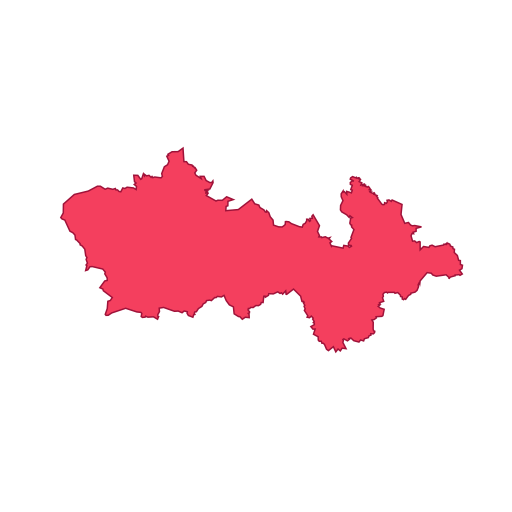 outline of Tecalitlán, Jalisco, Mexico, rotated 112°
{"feature_id": "50627088B3552577196850", "entity_name": "Tecalitlán", "entity_type": "district", "adm_level": 2, "iso_a3": "MEX", "parent_name": "Mexico", "parent_adm1": "Jalisco", "projection": "robinson", "projection_center": [-103.217, 19.24], "detail": "fine", "context": "isolated", "style": "filled", "palette": "rose", "viewbox_px": 512, "rotation_deg": 112, "n_neighbors": 0, "source": "geoboundaries", "source_scale": "gbopen_adm2", "svg_char_len": 6124}
<svg xmlns="http://www.w3.org/2000/svg" viewBox="0 0 512 512"><g transform="rotate(112 256 256)"><path d="M297.2,128.3L294.7,127.6L294.4,124.4L292.1,124.5L289.6,121.3L287.7,121.3L286.3,119.8L285.0,120.5L284.2,118.0L282.6,117.4L281.3,117.7L281.3,118.9L279.9,120.0L273.5,122.5L271.9,124.6L270.7,122.7L268.3,121.2L267.3,121.9L264.8,116.7L263.7,116.0L257.4,117.2L257.7,121.3L256.9,123.9L254.8,122.7L254.9,123.9L253.7,123.2L253.0,124.0L250.2,120.6L247.3,123.1L245.7,122.8L243.9,124.0L241.7,123.2L240.6,121.4L241.0,120.2L240.2,119.8L237.9,114.1L238.5,113.2L236.8,110.9L238.2,107.4L239.4,106.8L239.2,105.0L241.1,104.3L241.2,102.8L239.9,102.3L240.1,101.0L235.4,99.8L233.6,98.2L232.5,98.5L229.9,95.0L227.5,93.8L223.6,93.8L221.9,94.9L220.0,94.7L220.9,93.6L217.6,94.5L207.3,91.1L206.3,87.0L207.4,85.0L207.2,81.3L202.2,72.7L203.7,68.8L204.9,68.7L202.7,67.9L199.7,64.0L199.1,64.3L197.2,60.7L197.5,59.6L195.4,58.0L192.9,62.0L190.6,60.3L187.2,61.1L187.3,63.3L183.7,64.8L184.1,66.5L180.1,69.5L178.5,73.5L175.4,74.5L175.4,76.1L173.9,76.9L173.9,79.4L172.5,80.7L172.3,82.3L173.0,83.4L172.4,83.8L173.6,84.5L173.9,83.3L174.6,86.2L175.5,86.1L180.3,93.4L180.0,96.8L181.4,98.6L183.3,98.9L184.4,104.2L188.8,106.1L181.5,109.1L181.4,110.1L183.4,112.1L182.6,114.5L183.6,116.4L179.2,119.8L176.8,119.8L176.3,118.2L175.2,119.3L173.1,116.8L170.4,117.9L167.0,113.5L168.3,120.3L169.4,122.2L169.4,124.3L167.8,127.2L170.0,130.3L163.2,137.1L153.5,139.9L153.1,150.8L154.7,151.1L154.2,153.7L155.3,155.4L156.4,154.5L158.3,154.8L158.4,156.7L160.1,156.2L160.9,157.5L160.8,158.8L156.9,165.1L156.2,165.0L155.4,166.7L154.6,166.4L154.6,169.7L153.5,169.4L153.1,170.2L154.1,170.9L154.1,174.1L153.6,174.7L152.7,173.6L152.7,174.3L151.5,174.4L151.9,175.7L151.0,175.3L149.9,176.8L149.5,178.0L150.3,178.4L150.5,180.7L149.3,180.8L149.2,182.0L150.3,182.0L150.8,183.3L149.1,183.0L150.9,185.3L148.5,185.3L148.4,188.2L145.9,187.8L145.8,189.8L145.1,189.2L144.8,189.9L146.1,191.7L145.4,192.4L146.2,193.1L146.2,196.2L148.2,197.5L149.5,197.4L149.9,193.3L150.4,194.9L152.5,196.1L154.2,195.4L154.4,193.2L159.0,193.0L158.9,191.4L161.7,191.2L162.1,196.1L164.8,194.9L163.2,198.2L164.0,199.0L163.0,199.6L166.5,200.3L169.1,199.2L172.1,196.1L177.4,196.5L181.6,195.0L183.0,193.0L183.8,187.4L185.3,184.1L183.5,184.0L184.3,181.1L185.3,182.4L190.4,181.3L191.6,180.0L191.5,178.9L193.2,178.3L194.8,175.1L203.2,174.9L203.9,174.0L209.4,175.2L211.2,174.3L210.6,171.6L211.2,171.1L213.1,172.7L212.3,174.2L213.3,178.6L216.1,178.2L218.1,189.4L218.8,189.6L216.1,192.4L214.2,191.2L212.8,194.8L211.3,194.4L212.5,195.9L212.2,198.9L214.3,201.9L213.8,202.4L214.7,204.9L213.3,204.8L210.2,208.2L204.1,208.5L196.4,218.5L198.2,219.1L200.0,217.9L201.0,220.1L202.9,218.7L203.9,219.4L202.4,221.4L202.9,222.8L204.3,222.2L207.2,222.6L209.0,224.1L211.9,223.9L212.6,226.9L212.7,235.4L212.0,238.3L212.7,240.9L213.1,241.6L215.9,240.7L217.9,241.7L219.3,242.7L220.5,245.9L220.8,251.3L216.3,253.7L214.3,257.5L211.0,260.4L210.0,263.1L211.4,262.8L211.7,263.9L210.3,265.9L209.6,270.5L207.7,272.5L208.1,276.7L204.9,281.2L219.6,289.8L225.3,301.0L221.2,302.3L220.0,300.9L215.8,302.5L212.2,298.2L212.1,305.4L217.0,308.1L218.6,312.3L220.0,313.7L218.6,324.7L215.8,323.9L215.3,324.5L216.4,326.1L215.5,326.4L213.7,325.2L214.3,327.9L213.7,328.2L211.2,323.9L204.1,323.3L202.6,324.1L204.5,324.6L205.2,326.4L204.7,330.5L201.6,334.0L203.0,337.5L204.8,335.8L203.6,342.0L201.9,343.9L198.7,343.1L196.9,345.6L197.3,346.0L196.1,347.7L196.6,348.4L195.6,349.4L196.3,353.1L194.6,355.8L195.5,358.2L183.3,364.1L188.4,367.3L190.8,372.9L194.7,375.8L195.5,374.8L196.9,376.1L200.7,372.1L204.5,372.2L207.6,374.4L214.9,374.3L217.3,372.6L219.1,373.3L220.7,379.5L222.0,381.0L221.2,382.2L222.4,382.7L221.3,385.4L222.7,387.5L222.3,389.1L223.3,389.3L222.1,390.1L222.6,390.5L222.0,391.2L227.1,390.9L228.1,391.6L225.5,395.8L226.9,399.6L232.6,396.5L233.3,394.6L235.3,395.7L236.2,392.9L239.3,392.0L238.8,395.1L240.5,401.3L242.5,402.8L242.8,405.0L247.1,405.4L247.5,407.3L246.6,409.1L247.2,410.6L246.1,411.7L247.8,413.7L248.6,418.9L250.6,420.9L249.6,426.5L250.7,429.2L258.6,435.8L267.0,447.5L280.0,454.0L288.3,450.8L293.5,451.4L294.3,449.8L294.3,446.7L302.7,437.8L303.0,434.6L304.4,431.7L308.3,429.5L308.3,428.4L310.4,423.7L311.5,423.3L311.8,420.9L313.8,417.3L319.5,414.0L320.7,412.2L322.8,412.2L325.8,409.6L328.0,410.2L328.3,409.2L333.3,408.5L331.9,406.8L328.1,405.9L327.1,403.7L325.5,393.2L327.4,389.7L329.2,389.5L332.0,385.8L334.4,384.8L335.8,386.9L343.9,388.9L344.0,385.6L345.4,384.5L348.3,373.7L351.8,374.4L353.5,376.4L360.5,374.2L366.6,373.9L367.2,372.8L366.3,370.8L362.8,368.4L353.3,357.3L352.5,345.5L351.4,341.7L352.0,340.4L355.1,339.8L355.5,338.3L354.2,335.9L353.2,335.8L353.2,333.3L350.8,328.3L351.5,323.6L348.8,323.6L349.0,324.2L347.2,325.1L343.7,324.7L340.6,326.2L338.3,322.4L337.8,310.9L336.2,307.5L336.3,303.3L333.9,302.0L333.4,298.8L335.0,298.4L336.5,296.4L336.4,291.6L333.8,291.8L333.1,290.8L332.2,291.8L330.7,291.7L330.0,290.4L326.3,289.7L323.0,287.3L320.1,287.0L318.0,285.2L315.9,285.2L314.2,282.3L314.1,280.7L309.9,278.7L309.6,277.5L307.9,276.6L306.9,272.7L304.5,270.9L308.5,266.9L311.3,262.4L311.6,257.9L317.8,254.6L318.7,249.6L318.3,248.2L319.8,245.0L316.8,243.0L315.7,239.2L312.7,240.6L312.1,241.7L311.3,240.8L310.1,241.1L309.0,243.2L307.5,243.4L307.3,242.3L305.7,241.7L304.8,239.3L302.0,237.6L301.1,235.1L299.1,233.6L297.1,233.7L296.5,232.0L290.4,233.7L289.8,232.6L290.7,231.9L287.8,229.7L286.2,230.1L284.6,225.7L281.1,222.4L281.7,219.7L280.6,218.6L281.4,217.0L277.2,215.4L280.2,213.8L280.1,213.2L272.6,208.8L276.5,199.6L280.9,196.4L280.3,194.9L280.9,194.1L281.6,194.6L283.4,192.3L284.6,192.6L286.6,190.6L288.3,190.8L292.0,185.6L293.6,185.7L293.2,183.3L291.0,182.2L292.2,179.7L293.3,179.8L294.9,177.5L296.3,177.9L296.4,176.8L297.8,176.2L300.9,178.7L302.5,175.8L301.6,173.8L307.0,173.4L307.6,168.1L310.6,166.8L311.4,165.4L310.6,163.6L312.2,162.2L311.7,161.2L312.3,159.4L316.0,155.7L316.6,153.4L311.1,150.3L315.0,146.1L311.5,145.1L312.4,142.3L309.2,141.6L308.2,137.8L303.6,143.1L301.6,143.3L300.9,144.2L299.9,143.5L300.4,139.4L298.1,138.1L297.7,138.9L296.5,137.3L297.9,133.6L297.2,128.3Z" fill="#f43f5e" stroke="#9f1239" stroke-width="1.5"/></g></svg>